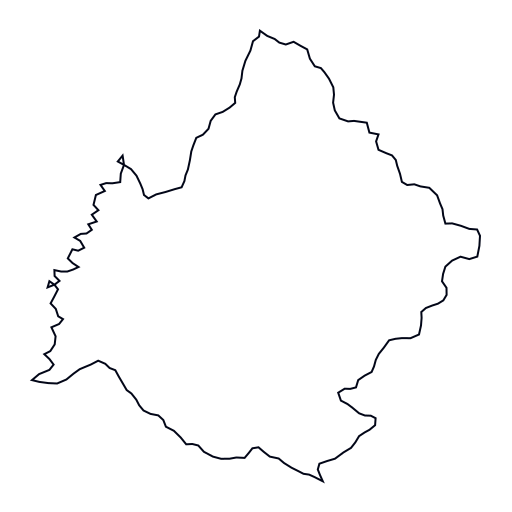 Serra da Saudade, Minas Gerais, Brazil (Albers equal-area conic projection)
{"feature_id": "56859067B39993306485596", "entity_name": "Serra da Saudade", "entity_type": "district", "adm_level": 2, "iso_a3": "BRA", "parent_name": "Brazil", "parent_adm1": "Minas Gerais", "projection": "albers", "projection_center": [-45.786, -19.377], "detail": "fine", "context": "isolated", "style": "outline", "palette": "ink", "viewbox_px": 512, "rotation_deg": 0, "n_neighbors": 0, "source": "geoboundaries", "source_scale": "gbopen_adm2", "svg_char_len": 2859}
<svg xmlns="http://www.w3.org/2000/svg" viewBox="0 0 512 512"><path d="M378.5,134.4L369.4,132.6L366.8,122.7L354.0,120.9L348.1,121.4L339.4,118.4L334.8,110.4L333.1,102.7L334.0,94.7L333.3,87.3L329.0,78.7L324.4,72.2L320.9,68.1L314.8,66.3L309.9,58.7L307.2,49.4L300.5,45.8L293.6,41.8L285.8,44.5L279.3,42.6L274.7,39.0L267.2,35.9L259.9,30.7L259.0,36.6L253.0,41.2L250.4,50.6L245.4,60.8L242.4,70.7L241.5,78.4L239.8,84.4L236.7,91.6L234.8,97.2L235.2,102.9L229.6,107.6L222.7,111.9L215.4,114.4L210.7,120.8L208.5,128.8L202.9,134.7L196.3,137.8L193.3,145.5L191.3,151.4L189.9,160.2L187.9,169.5L185.5,175.4L184.4,181.1L181.6,187.3L174.9,189.1L165.5,192.0L156.2,194.4L148.4,198.4L144.0,195.0L142.6,189.2L140.3,183.6L136.5,175.7L131.0,169.1L124.0,164.9L120.8,173.6L120.2,182.1L112.3,183.3L106.2,183.1L100.5,184.9L104.8,191.0L95.9,195.0L93.5,204.9L98.4,210.2L91.8,214.7L96.7,221.5L88.3,224.3L91.8,229.8L86.5,233.5L80.8,233.9L74.4,237.5L80.2,240.9L84.2,247.7L78.2,250.7L72.4,249.3L67.8,258.4L72.6,263.1L78.5,267.0L73.2,269.5L67.4,271.5L61.0,271.5L54.4,270.1L54.6,276.0L59.5,280.9L54.4,284.7L58.0,289.3L54.1,296.9L50.6,303.4L55.8,308.9L58.2,316.3L63.0,319.1L59.1,324.0L51.4,327.3L55.6,336.3L54.7,344.4L50.3,351.1L44.3,354.2L49.5,359.1L53.6,364.6L49.4,369.9L39.1,374.1L32.0,380.1L39.3,381.9L48.4,383.1L57.1,383.5L66.4,379.5L73.6,373.6L79.7,369.2L84.9,367.0L90.7,364.6L98.2,360.7L105.3,363.8L109.6,368.0L115.3,370.2L118.8,376.6L123.5,384.6L126.7,390.1L131.4,393.5L136.3,399.7L139.2,405.3L143.5,410.5L150.5,413.9L158.3,415.4L163.3,420.0L165.9,426.7L173.9,430.8L180.7,437.5L186.2,444.3L192.3,444.0L198.3,445.5L203.9,451.8L212.9,456.6L221.1,458.8L229.7,458.7L236.3,457.5L244.6,457.9L248.9,452.8L252.4,448.3L258.5,447.3L263.7,451.8L269.8,456.6L278.7,458.5L284.0,463.0L291.5,467.7L298.7,471.3L303.5,473.8L309.1,474.6L314.4,477.0L322.8,481.3L319.9,474.8L317.8,469.5L319.4,463.7L327.2,461.0L335.0,458.7L343.5,452.4L351.0,447.9L355.3,442.4L359.1,436.1L364.7,432.4L369.5,429.8L375.1,425.2L375.6,418.2L370.8,415.7L364.9,415.5L359.1,413.3L352.5,407.8L347.6,404.1L340.9,400.6L338.2,392.7L344.7,388.7L350.2,388.9L356.0,387.4L358.2,380.1L364.7,375.6L371.6,372.0L374.0,366.5L375.8,359.9L378.8,353.9L383.8,347.7L389.1,340.3L395.5,338.8L402.1,338.1L410.5,338.2L419.0,334.5L421.0,325.5L421.6,317.9L421.3,312.0L425.9,308.0L432.3,305.5L437.9,303.7L443.3,300.4L446.6,294.9L446.5,287.8L442.0,281.3L443.1,273.9L445.4,266.6L452.1,260.6L460.5,256.7L469.3,259.1L477.3,256.6L479.4,245.9L480.0,235.8L477.1,229.5L469.3,228.9L460.9,225.8L452.2,223.4L445.4,223.6L443.2,215.5L442.5,209.2L440.0,203.3L437.1,195.3L429.3,187.8L420.4,186.4L414.3,184.3L407.2,185.0L401.9,181.9L400.0,173.8L397.2,165.8L395.8,160.0L392.0,155.4L386.3,153.2L378.5,149.8L376.1,141.4L378.5,134.4ZM122.6,155.6L117.8,161.5L124.0,164.9L122.6,155.6ZM54.4,284.7L49.4,281.2L47.6,287.4L54.4,284.7Z" fill="none" stroke="#020617" stroke-width="2"/></svg>